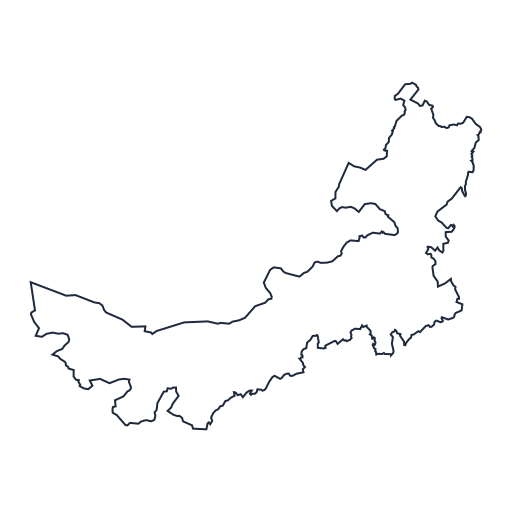 outline of Inner Mongol
{"feature_id": "CHN-1838", "entity_name": "Inner Mongol", "entity_type": "Autonomous Region", "adm_level": 1, "iso_a3": "CHN", "parent_name": "China", "parent_adm1": "", "projection": "albers", "projection_center": [116.94, 45.357], "detail": "fine", "context": "isolated", "style": "outline", "palette": "slate", "viewbox_px": 512, "rotation_deg": 0, "n_neighbors": 0, "source": "natural_earth", "source_scale": "10m", "svg_char_len": 6073}
<svg xmlns="http://www.w3.org/2000/svg" viewBox="0 0 512 512"><path d="M336.9,211.1L331.9,205.9L331.1,200.9L335.4,198.4L335.5,191.9L338.9,186.6L339.1,184.3L348.7,162.9L354.1,166.3L360.2,167.6L365.5,169.9L377.0,159.7L383.5,158.8L386.7,156.4L387.1,150.8L384.5,150.5L383.9,149.7L385.4,148.4L386.0,145.0L388.8,141.8L389.0,138.0L392.0,134.2L392.6,131.9L392.2,130.9L392.9,130.9L393.0,129.6L394.3,128.2L393.9,127.1L394.7,126.7L396.6,120.8L401.8,115.7L404.0,114.8L404.8,113.0L404.5,111.7L405.6,110.1L405.1,107.4L403.2,105.1L404.4,100.6L400.6,98.6L395.5,99.9L394.8,99.2L394.7,96.1L398.0,93.7L405.2,84.2L410.1,83.9L412.1,82.7L416.0,84.8L416.6,86.6L417.9,87.5L418.4,89.6L410.4,99.6L418.0,103.5L419.9,105.9L422.5,105.5L424.8,100.7L426.7,101.4L429.1,104.9L432.6,105.7L432.9,107.1L431.2,108.6L433.4,115.0L432.9,117.6L434.9,120.7L435.8,123.3L438.9,126.1L440.1,126.0L441.5,127.0L444.2,126.7L446.6,128.1L448.6,127.4L449.5,125.3L453.9,124.5L456.9,125.3L458.1,123.5L460.9,123.7L463.1,122.8L466.8,116.8L469.7,117.3L472.0,118.7L475.6,123.8L480.0,127.0L481.3,129.6L480.6,132.1L480.0,131.7L478.5,134.8L477.6,135.1L478.5,136.4L478.7,140.0L475.8,142.5L474.4,148.0L472.1,150.4L473.2,151.3L472.0,151.7L472.8,152.4L471.4,154.0L472.4,155.5L471.6,156.9L472.3,157.6L472.5,160.3L471.2,160.7L473.0,162.8L472.8,163.6L473.7,165.3L473.6,170.2L472.5,172.3L468.6,171.7L468.0,173.2L468.1,174.5L465.8,181.9L465.9,184.2L464.9,186.1L465.1,190.4L466.0,193.3L465.7,195.8L465.1,196.2L464.1,194.8L462.2,191.1L461.7,188.0L460.6,187.2L451.7,198.7L447.6,201.6L446.6,204.6L437.4,211.6L435.3,216.3L438.2,220.6L441.6,222.5L446.3,227.6L448.2,228.3L451.0,224.9L452.1,225.2L452.7,226.7L453.5,226.6L453.9,225.2L454.5,226.0L454.7,227.0L453.6,229.4L451.6,231.8L445.7,232.1L445.7,236.5L448.7,240.5L447.9,242.8L443.3,243.8L443.4,250.8L442.4,252.5L439.2,250.4L437.6,247.5L435.1,250.7L431.3,247.3L427.9,246.6L427.5,247.0L428.3,249.2L426.0,252.9L427.8,254.3L430.6,253.8L431.3,254.9L431.4,257.4L433.8,258.8L435.3,261.0L435.6,264.0L432.9,265.9L432.4,267.2L433.6,275.8L437.7,281.6L438.0,286.6L445.0,283.4L450.9,278.9L451.2,281.6L453.7,285.7L455.5,286.8L455.1,289.3L459.0,297.1L459.0,298.8L457.4,298.8L456.5,302.0L462.4,304.3L461.6,310.4L455.9,312.9L454.7,314.2L454.2,316.7L453.0,317.9L448.2,319.5L441.9,317.2L441.5,318.2L442.9,320.7L442.4,321.6L440.5,322.2L436.4,320.6L434.7,321.7L433.9,324.8L431.5,326.8L429.9,326.9L428.6,325.2L425.8,326.0L420.0,332.1L418.3,331.2L413.7,334.5L411.5,334.9L411.0,337.6L409.0,339.2L405.9,343.2L405.3,345.2L404.2,345.0L404.0,341.6L400.0,335.7L400.5,334.1L397.2,333.3L396.2,330.7L395.0,329.9L394.3,331.5L392.3,332.2L390.7,334.5L392.9,337.0L391.9,343.9L393.6,351.0L393.2,352.9L391.1,355.3L391.1,354.2L384.9,354.0L383.9,353.0L382.2,354.0L378.3,353.8L376.3,354.5L376.0,352.0L375.2,351.4L375.5,349.0L374.1,348.3L372.7,344.9L373.2,343.9L374.6,344.9L375.2,344.1L375.5,342.3L374.7,341.3L374.7,337.9L373.9,337.4L373.2,338.7L372.2,338.7L371.7,335.4L369.8,334.4L370.7,333.1L370.4,330.7L366.7,326.8L366.6,325.6L363.2,327.0L362.1,325.4L360.2,329.1L355.1,328.7L351.5,330.6L350.5,332.5L351.5,334.9L351.0,336.8L351.6,338.0L350.0,339.8L346.7,341.2L345.7,340.2L344.3,340.6L343.0,339.2L337.6,343.9L335.7,341.0L334.7,340.9L325.6,345.5L325.1,346.2L325.6,347.9L323.9,348.5L317.8,347.8L317.8,343.6L318.8,342.5L317.6,335.7L316.9,335.0L316.0,335.8L312.7,335.9L310.4,339.8L307.1,342.6L306.3,348.1L303.3,349.3L301.7,351.6L301.3,354.6L302.5,355.5L302.5,357.3L301.0,357.5L300.5,359.0L299.7,358.9L302.8,362.8L303.3,365.2L305.0,367.0L302.8,369.2L303.5,372.3L296.6,373.7L292.4,375.9L290.2,375.8L288.6,373.5L286.5,373.8L284.1,374.9L281.6,378.1L280.1,378.8L274.6,375.8L272.5,377.0L269.1,381.9L265.7,388.7L264.2,390.1L262.5,390.7L261.2,389.7L257.4,389.3L256.7,392.0L255.2,393.6L252.1,393.9L251.0,394.8L249.9,393.7L251.8,390.5L249.8,390.5L246.6,392.5L242.9,397.2L240.7,394.2L237.7,395.2L235.6,392.5L233.9,392.2L234.6,395.8L230.8,397.7L228.0,400.3L225.4,401.0L222.8,405.6L220.2,406.3L218.3,409.2L215.7,410.4L213.2,413.1L211.1,417.7L212.2,420.9L210.2,424.2L208.8,422.4L207.6,423.4L206.4,429.3L193.1,428.7L192.0,425.3L183.1,421.4L182.0,417.8L179.3,415.8L177.5,416.1L173.5,414.8L167.6,410.9L171.1,407.6L172.8,403.6L178.6,395.9L176.1,391.4L176.0,387.5L173.2,387.5L170.9,388.8L167.6,388.3L166.8,391.3L163.7,391.7L157.4,403.2L156.6,410.0L154.6,412.4L155.4,415.8L154.3,419.9L151.3,421.3L146.6,420.2L144.3,420.5L140.8,421.7L138.4,423.7L130.0,422.9L127.5,425.3L125.5,425.1L116.8,415.1L112.7,412.7L112.5,409.3L112.9,407.0L115.6,406.4L115.0,400.3L123.4,396.4L127.5,391.4L129.4,390.5L130.7,388.7L131.0,387.2L128.9,381.9L129.4,379.6L124.1,378.8L118.9,379.5L109.5,383.2L100.1,378.9L89.8,380.5L92.4,385.7L88.2,389.2L83.8,388.4L79.6,386.0L80.2,384.7L78.4,381.8L78.8,380.1L76.1,379.8L73.6,376.5L73.7,370.0L68.6,368.6L68.3,367.0L65.9,365.4L65.8,363.3L65.0,361.9L60.3,358.9L58.0,356.3L52.5,354.6L56.7,351.2L62.3,348.9L64.6,345.5L68.6,342.0L69.2,339.1L67.6,334.8L63.1,333.2L58.3,333.7L52.6,332.6L46.6,333.8L41.9,336.8L35.7,335.8L39.0,328.2L34.1,321.8L30.9,314.2L31.3,312.6L35.0,310.4L30.7,282.2L66.2,295.7L75.5,295.1L94.3,302.4L99.3,303.2L102.4,305.5L104.1,310.0L106.1,312.5L122.4,319.6L131.6,326.8L145.4,326.4L144.7,331.2L151.1,332.5L152.3,334.0L156.6,331.0L184.1,322.4L207.7,321.4L217.8,323.7L220.6,322.9L229.2,323.7L232.4,321.7L239.1,320.3L245.0,317.8L255.2,306.2L265.2,302.7L268.4,299.3L271.4,298.7L271.7,296.7L270.2,293.1L265.8,287.9L263.8,282.6L270.1,269.9L273.7,267.4L280.8,268.3L283.4,271.6L285.9,273.1L299.4,276.6L304.0,272.9L307.3,271.8L312.6,266.6L314.6,262.5L317.3,261.6L320.9,262.9L327.2,262.6L332.4,261.3L337.7,256.4L340.4,255.7L341.7,253.6L341.1,251.2L343.4,246.8L346.7,242.6L350.5,240.4L358.6,241.1L359.7,237.3L359.4,236.3L362.1,235.5L363.7,237.5L365.6,237.4L367.2,235.4L372.8,232.7L379.8,233.6L381.7,231.5L382.6,232.8L383.5,232.1L385.0,233.8L394.6,235.1L397.2,233.5L398.0,232.1L397.6,228.1L395.6,226.0L394.4,222.3L387.9,216.7L388.3,215.3L385.6,214.2L384.8,211.2L379.9,209.2L375.4,204.0L371.0,203.2L364.8,204.1L358.8,211.9L354.4,208.3L350.6,206.8L345.8,207.7L341.9,207.1L339.5,208.3L336.9,211.1Z" fill="none" stroke="#1e293b" stroke-width="2"/></svg>